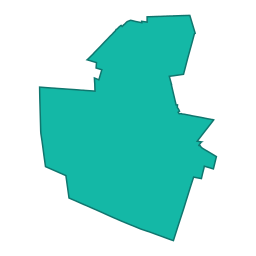 Villa Unión, Coahuila, Mexico (Albers equal-area conic projection)
{"feature_id": "50627088B60312682386501", "entity_name": "Villa Unión", "entity_type": "district", "adm_level": 2, "iso_a3": "MEX", "parent_name": "Mexico", "parent_adm1": "Coahuila", "projection": "albers", "projection_center": [-100.748, 28.099], "detail": "fine", "context": "isolated", "style": "filled", "palette": "teal", "viewbox_px": 256, "rotation_deg": 0, "n_neighbors": 0, "source": "geoboundaries", "source_scale": "gbopen_adm2", "svg_char_len": 2831}
<svg xmlns="http://www.w3.org/2000/svg" viewBox="0 0 256 256"><path d="M173.4,240.6L178.1,225.8L180.6,218.1L183.6,208.9L186.4,199.8L187.2,197.3L190.4,187.0L193.6,177.1L201.4,178.6L202.5,173.8L203.9,168.3L204.3,166.2L210.8,168.1L211.2,168.3L213.4,168.9L213.5,168.3L213.6,168.1L216.4,156.6L202.8,148.5L201.3,147.4L200.1,145.7L199.4,145.7L199.0,145.6L198.8,145.3L199.1,145.0L201.3,142.0L201.5,141.9L197.2,141.2L203.2,133.4L208.2,127.0L213.7,119.9L212.9,119.6L211.5,119.5L211.2,119.4L210.9,119.3L210.3,119.2L210.0,119.2L209.7,119.1L207.9,118.8L207.4,118.7L206.9,118.6L206.4,118.5L206.1,118.4L205.4,118.3L204.8,118.2L204.1,118.0L202.5,117.7L201.6,117.5L192.1,115.8L190.0,115.3L185.6,114.5L184.9,114.3L182.1,114.0L181.4,113.6L179.2,113.8L178.1,112.2L178.3,112.0L178.5,111.9L178.8,111.6L179.0,111.5L179.2,111.4L179.3,111.3L179.5,111.2L178.7,109.5L177.3,107.4L177.5,104.9L176.1,104.9L172.8,90.9L171.3,84.4L171.5,84.4L170.4,80.4L169.3,76.3L170.2,76.2L171.5,76.0L172.4,75.9L173.3,75.8L183.5,74.3L185.3,67.5L187.6,58.6L192.0,42.7L194.4,33.8L195.2,33.3L189.8,15.4L182.2,15.6L174.5,15.9L174.4,15.9L174.2,15.9L173.3,15.9L173.0,16.0L172.1,16.0L171.2,16.0L170.5,16.0L170.4,16.0L169.9,16.0L169.7,16.0L169.4,16.0L168.8,16.1L168.3,16.1L167.8,16.1L167.1,16.1L166.9,16.1L166.7,16.1L166.2,16.2L165.9,16.2L165.3,16.2L165.1,16.2L164.6,16.2L164.3,16.2L162.7,16.3L160.5,16.4L160.4,16.4L160.0,16.4L159.5,16.4L159.2,16.4L158.9,16.4L158.4,16.4L158.1,16.4L157.7,16.5L157.3,16.5L156.9,16.5L156.1,16.5L150.8,16.7L147.1,16.8L147.1,22.1L141.7,21.3L141.8,22.7L135.7,21.5L132.6,20.7L130.8,20.3L130.5,20.3L130.0,20.5L129.7,20.6L127.2,21.6L126.3,22.4L126.1,22.6L125.6,23.1L124.8,24.0L123.9,24.7L123.6,24.9L123.6,25.0L123.4,25.1L123.4,25.3L122.9,25.7L122.5,26.1L122.1,26.5L121.1,25.4L120.7,25.7L120.4,25.9L119.7,26.5L119.4,26.7L119.1,26.9L118.9,27.2L117.8,28.3L117.0,29.1L116.2,29.4L115.1,31.2L113.3,32.9L113.3,33.0L112.6,33.8L111.5,34.9L111.3,35.1L110.4,35.9L108.6,37.8L107.8,38.7L107.6,38.9L107.1,39.4L106.4,40.1L105.9,40.6L105.2,41.3L100.1,46.7L94.0,52.9L93.7,53.4L88.0,59.0L87.1,59.8L87.5,59.9L88.8,60.3L89.2,60.4L89.6,60.5L89.9,60.6L90.2,60.7L90.6,60.8L91.1,61.0L92.1,61.3L96.5,62.6L96.2,66.6L96.1,68.0L99.7,69.1L101.8,69.7L99.3,78.3L98.8,79.8L94.4,78.0L94.6,81.9L94.8,84.3L94.8,85.2L95.0,91.1L94.8,91.1L90.8,90.8L87.7,90.6L86.4,90.5L86.0,90.5L82.9,90.2L81.7,90.2L77.1,89.8L74.5,89.6L71.4,89.4L68.3,89.2L64.3,88.9L56.8,88.4L54.6,88.2L51.2,88.0L39.6,87.1L39.7,93.3L39.8,97.7L40.2,112.5L40.3,116.1L40.4,119.9L40.6,127.1L40.7,131.2L40.9,133.7L42.0,140.9L43.0,148.3L43.9,155.2L45.5,166.6L49.1,168.2L56.4,171.4L65.9,175.6L67.6,187.8L69.0,198.0L84.2,204.7L85.0,205.0L100.3,211.7L108.9,215.6L111.8,216.9L121.9,221.3L128.0,223.8L140.0,228.7L140.1,228.8L147.8,231.4L148.9,231.7L157.6,234.9L170.4,239.6L173.4,240.6Z" fill="#14b8a6" stroke="#0f766e" stroke-width="1.5"/></svg>